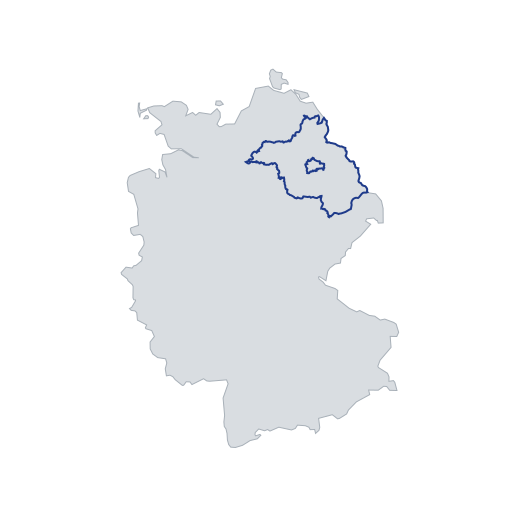 location of Brandenburg within Germany, rotated 337°
{"feature_id": "DEU-3487", "entity_name": "Brandenburg", "entity_type": "State", "adm_level": 1, "iso_a3": "DEU", "parent_name": "Germany", "parent_adm1": "", "projection": "orthographic", "projection_center": [13.043, 52.446], "detail": "fine", "context": "in_parent", "style": "outline", "palette": "blue", "viewbox_px": 512, "rotation_deg": 337, "n_neighbors": 0, "source": "natural_earth", "source_scale": "10m", "svg_char_len": 9759}
<svg xmlns="http://www.w3.org/2000/svg" viewBox="0 0 512 512"><g transform="rotate(337 256 256)"><path d="M220.7,430.0L210.1,422.5L200.4,422.6L198.9,420.3L195.6,420.2L190.9,416.3L186.3,418.2L185.2,420.2L185.4,421.4L189.9,421.8L190.4,422.9L185.8,424.8L178.4,423.6L169.6,425.0L162.2,424.2L158.1,422.1L157.2,418.9L157.8,414.2L160.0,408.0L160.8,403.5L160.2,400.5L161.6,396.2L164.8,390.5L170.2,373.9L180.4,362.7L180.5,358.5L164.5,353.2L161.9,351.8L159.8,348.5L146.8,349.3L146.0,346.1L142.6,344.5L138.9,346.7L137.6,346.3L133.3,338.3L132.3,334.6L130.2,332.1L126.7,331.3L128.4,324.4L132.1,319.6L132.6,315.3L125.8,311.1L122.7,305.9L122.3,300.2L124.9,293.8L131.0,290.4L130.9,283.9L126.3,280.0L126.1,278.9L128.4,276.7L121.8,268.7L124.1,261.5L123.1,259.2L119.9,257.3L119.0,255.0L121.5,254.7L127.6,250.2L127.9,249.4L126.4,248.5L126.4,246.4L131.0,236.0L131.0,234.2L128.5,228.7L128.6,226.8L125.1,220.5L125.3,218.6L132.0,215.5L137.3,218.7L139.5,217.3L142.1,217.7L148.9,215.6L151.0,212.5L148.7,209.6L149.1,207.5L157.0,202.2L158.5,199.4L159.4,194.0L158.6,192.1L157.7,190.8L151.4,189.3L150.1,186.0L151.0,181.9L152.1,181.2L159.8,181.9L163.7,170.1L165.8,166.5L167.6,151.5L163.9,146.7L166.1,138.2L169.3,133.8L171.6,132.7L181.3,132.7L192.0,133.8L196.0,141.1L194.1,144.6L196.6,146.5L197.9,145.9L199.9,139.4L200.9,138.4L205.1,143.1L204.8,148.8L206.5,141.1L205.9,135.7L206.9,130.5L209.7,126.1L217.4,128.5L226.1,128.0L229.3,130.2L236.2,140.7L241.7,143.2L237.5,140.8L229.1,128.0L219.9,124.3L218.1,120.6L218.9,108.2L215.5,105.6L211.7,106.2L211.3,103.3L212.1,101.3L220.7,98.5L221.1,95.1L214.2,82.6L214.2,77.3L220.6,78.0L228.2,80.9L230.0,82.7L240.0,81.0L247.4,84.9L250.8,90.1L250.8,94.5L246.1,99.5L253.7,99.1L255.5,102.9L259.7,101.7L269.8,107.9L277.7,105.1L279.0,109.8L277.3,114.5L271.6,119.4L272.7,122.6L274.5,123.3L279.7,122.8L287.9,126.1L299.2,116.7L308.1,115.8L321.1,101.6L333.7,104.4L337.0,110.5L345.4,117.2L353.1,116.6L355.9,123.0L357.2,130.8L361.8,134.9L368.4,136.6L369.7,144.8L373.2,157.8L373.2,161.8L372.1,166.3L370.0,170.1L365.6,174.7L365.3,177.3L376.7,188.2L379.8,193.7L378.1,201.8L380.0,205.7L381.9,207.0L382.7,209.0L382.8,213.6L384.2,214.9L382.1,223.4L380.0,226.9L380.8,229.9L383.9,235.0L384.0,241.6L390.4,245.6L393.0,254.3L391.6,261.8L386.0,275.2L381.4,273.5L381.6,270.7L380.8,270.5L379.2,267.0L372.4,265.0L370.5,266.7L374.0,271.6L359.9,278.4L349.6,281.2L346.0,286.1L344.1,285.2L340.0,287.3L338.3,290.5L333.3,291.5L331.0,295.5L325.6,294.3L319.1,296.0L316.1,298.1L310.7,306.1L306.4,299.8L305.3,299.8L305.0,301.8L307.6,306.3L308.5,310.0L316.1,316.9L317.8,319.7L314.0,327.2L321.3,340.5L326.9,346.8L330.2,346.7L337.1,355.0L341.8,357.8L345.3,363.5L349.9,364.4L356.9,371.1L358.4,373.5L357.5,382.0L354.1,385.1L348.1,382.4L344.6,392.9L329.5,400.4L325.1,405.0L325.1,406.5L331.2,415.3L331.2,419.3L329.4,423.3L333.8,424.4L334.4,426.5L333.2,434.9L326.6,431.9L325.3,427.2L322.6,425.8L316.1,427.3L307.3,423.4L306.5,428.0L291.4,429.5L280.9,433.9L277.7,436.8L269.4,438.1L267.5,437.8L264.2,431.9L250.2,429.9L247.7,438.7L245.8,441.1L241.5,442.6L242.2,438.6L238.0,437.0L237.8,434.3L235.1,431.5L228.1,427.9L224.8,430.1L220.7,430.0ZM352.6,105.6L353.3,108.8L352.6,110.5L349.4,107.8L346.3,107.9L344.4,112.1L343.0,112.2L338.2,108.4L337.4,106.6L337.8,98.0L339.3,96.2L339.5,93.5L342.2,90.7L344.6,90.6L346.5,94.6L351.1,97.2L351.5,98.4L349.0,101.8L349.6,103.6L352.6,105.6ZM366.9,126.1L367.0,129.9L358.9,129.6L358.2,126.8L358.7,124.0L356.0,121.0L356.0,117.8L366.9,126.1ZM205.2,79.4L203.2,83.1L204.0,76.4L207.5,69.4L208.7,69.7L206.8,72.8L206.3,76.9L213.1,77.8L212.2,79.0L205.2,79.4ZM285.2,103.5L280.9,103.4L277.8,101.0L279.9,97.8L283.9,99.4L285.2,103.5ZM211.4,86.2L210.2,87.3L206.2,85.8L209.4,83.8L211.1,84.5L211.4,86.2Z" fill="#d9dde1" stroke="#a8b0b8" stroke-width="1"/><path d="M379.4,190.5L380.5,191.4L379.8,193.1L379.6,194.2L380.1,194.7L380.3,195.2L379.8,196.3L379.1,197.5L377.6,198.8L377.8,200.7L378.6,202.8L379.2,204.2L379.1,205.0L379.7,205.8L380.7,206.3L382.4,206.8L382.9,207.6L382.9,208.6L382.3,209.3L382.3,209.6L382.8,210.3L382.7,211.0L382.4,211.9L382.2,213.1L382.5,213.8L384.5,215.2L383.7,216.3L383.5,217.6L382.7,219.2L382.7,222.1L382.5,223.1L382.0,223.9L381.5,224.7L379.9,226.5L379.5,227.3L379.6,228.3L380.1,229.0L380.6,229.4L381.1,229.9L381.2,231.2L381.5,232.4L382.2,233.2L383.7,234.3L384.1,235.1L384.4,236.3L384.5,237.6L384.2,238.6L383.6,239.5L383.4,240.4L383.5,240.8L382.2,240.7L380.1,239.8L379.5,239.7L378.9,239.7L377.6,240.1L373.7,242.2L372.6,242.5L371.5,241.8L370.5,241.4L369.0,241.3L367.2,241.7L365.7,242.8L364.5,244.3L364.3,244.7L364.3,245.4L363.9,246.5L361.7,249.8L361.4,249.9L360.8,249.7L355.6,250.4L351.1,250.1L349.3,249.6L348.7,249.7L348.3,249.6L347.8,248.8L347.1,248.3L346.4,247.7L345.0,247.0L344.3,247.1L343.6,247.6L340.3,248.8L339.9,248.1L339.3,247.9L339.2,248.2L338.9,248.2L338.4,248.8L338.1,248.4L338.0,247.7L338.5,247.1L338.7,246.5L338.7,245.3L338.7,244.9L338.5,244.7L338.4,244.4L339.1,243.7L339.0,243.1L338.7,242.1L338.6,241.9L338.0,241.5L337.7,241.1L337.9,240.1L337.7,239.8L336.9,239.1L336.4,239.3L336.2,239.2L335.8,238.9L335.0,237.9L334.6,237.8L335.2,236.7L337.3,235.0L338.1,233.9L338.2,233.3L337.5,231.8L337.5,229.8L338.5,228.1L339.5,226.9L339.8,226.3L339.2,226.1L338.1,226.0L337.6,226.8L336.9,226.3L336.7,226.2L334.8,226.5L334.2,226.2L332.6,225.1L331.7,224.0L330.8,223.8L329.2,223.7L328.7,222.5L328.2,222.2L326.8,222.0L323.0,219.7L322.7,219.7L322.4,220.2L321.7,220.6L321.3,221.0L319.9,220.7L319.4,220.4L318.1,219.3L317.5,218.5L317.2,218.3L316.9,218.4L316.7,218.8L315.8,218.8L314.2,217.4L314.1,216.6L312.3,214.1L311.7,213.5L311.0,213.1L310.7,212.2L310.0,211.5L309.6,210.8L309.4,209.9L309.7,209.4L310.1,208.2L310.8,207.5L310.9,207.3L310.4,206.5L310.0,206.4L309.7,206.0L309.7,204.6L310.1,203.4L310.5,202.6L310.4,201.7L310.5,201.2L310.5,200.8L311.0,199.8L311.2,198.9L310.9,198.1L311.5,197.5L312.1,196.2L312.2,195.2L312.4,194.7L312.2,194.6L311.2,194.8L310.5,193.7L310.0,193.4L309.8,193.6L309.6,194.2L309.4,194.5L308.7,194.8L308.3,194.6L308.1,194.3L308.1,193.9L308.5,193.2L307.6,193.0L307.4,192.9L308.2,191.6L308.6,188.9L309.3,188.9L309.8,188.7L310.1,188.1L310.4,187.2L310.5,186.4L310.0,185.8L309.8,185.0L309.5,184.5L309.4,184.2L310.0,183.4L309.9,183.1L309.6,182.6L309.6,182.1L310.6,181.2L310.7,180.6L310.7,180.3L310.0,178.2L309.9,178.0L309.1,177.6L308.0,177.9L307.2,177.9L307.2,177.2L306.9,176.8L306.7,176.7L304.0,176.9L303.5,177.1L303.1,176.9L301.9,176.3L301.1,176.1L299.2,174.8L299.6,174.1L299.8,173.6L299.5,173.3L298.6,173.3L298.2,173.0L297.3,171.6L295.8,172.2L295.3,172.1L295.0,170.8L294.6,170.5L293.7,170.4L293.3,170.2L293.5,170.0L293.7,169.5L293.7,169.1L293.4,168.9L292.1,169.2L290.8,168.6L289.6,168.3L288.7,167.4L288.1,167.2L287.5,167.3L286.5,168.0L286.0,168.1L285.4,168.0L284.9,167.7L283.9,166.4L283.4,165.5L285.7,165.6L286.9,166.0L287.0,164.8L287.5,164.6L288.4,164.6L289.9,165.5L290.7,165.5L291.3,165.1L291.5,164.3L291.2,162.8L290.9,162.3L290.8,161.9L291.0,161.5L292.9,160.0L294.4,159.4L295.4,159.4L295.7,159.5L296.6,160.3L297.0,161.1L298.2,160.5L299.7,160.6L299.6,159.9L299.0,159.5L299.6,159.2L300.3,159.4L301.0,158.6L302.6,158.0L303.2,158.2L304.2,157.3L304.7,157.2L305.0,156.5L305.0,155.8L305.8,155.3L306.2,154.5L307.9,154.0L308.6,154.6L309.5,154.0L309.8,153.9L310.2,154.1L310.8,155.2L312.8,155.8L314.0,156.5L315.4,157.7L316.2,158.2L316.6,158.8L318.1,158.9L318.9,158.6L322.1,159.4L322.5,159.6L323.3,160.4L324.5,160.8L325.2,160.8L325.4,161.0L325.5,162.1L325.8,162.4L327.8,162.2L329.0,162.8L330.2,162.6L330.9,162.6L331.5,162.4L331.7,162.7L331.3,163.2L331.3,163.4L332.1,163.8L332.9,163.7L334.0,162.4L335.8,161.1L336.1,160.2L337.0,159.4L337.3,159.3L337.7,159.5L338.3,160.4L338.6,160.6L339.4,160.6L339.6,159.6L340.0,158.8L340.5,158.2L340.9,158.0L341.7,157.9L342.3,158.0L343.4,158.6L343.9,158.7L344.4,158.6L345.9,157.3L346.2,157.2L346.9,156.4L347.8,154.2L348.0,153.3L348.2,152.7L348.6,152.3L349.1,152.1L350.1,152.0L350.8,151.4L351.3,150.4L353.0,148.9L354.0,148.8L355.0,148.8L355.8,148.5L355.7,147.9L355.0,146.5L355.0,145.6L355.5,145.7L356.2,146.8L357.5,147.3L357.6,148.4L358.4,149.9L358.6,150.5L359.0,151.2L361.0,151.0L362.7,151.1L364.0,151.5L364.6,150.6L365.3,150.5L366.3,151.0L367.5,150.9L368.2,151.0L368.3,152.3L368.1,153.2L367.7,154.2L366.7,155.9L364.4,157.5L364.3,158.5L366.6,158.9L368.5,159.0L368.9,158.7L369.1,158.1L369.8,157.7L370.6,156.6L372.5,155.4L372.7,156.3L372.9,158.0L374.0,159.3L373.3,160.8L372.5,161.7L372.3,162.3L372.3,162.9L372.6,165.1L371.8,168.2L371.4,169.0L370.5,170.0L368.9,171.4L367.1,172.3L365.7,173.4L366.4,176.4L366.3,177.3L366.0,177.9L365.2,178.6L365.6,179.3L366.1,179.6L367.3,179.9L367.9,180.1L368.9,181.2L369.7,181.6L372.8,183.8L373.2,184.4L374.3,186.3L375.1,186.8L376.0,188.0L377.7,188.6L379.4,190.5ZM351.0,196.1L350.9,195.9L351.0,195.6L351.7,194.0L351.6,193.6L350.6,193.3L349.3,192.5L347.4,190.3L347.3,189.8L347.4,188.7L346.6,187.7L346.4,187.7L345.7,188.4L345.5,188.8L345.3,188.8L344.8,188.4L344.1,189.0L343.8,189.5L343.4,189.6L342.3,189.6L341.8,189.4L341.6,189.1L341.6,188.7L341.5,188.3L341.6,188.1L341.2,188.1L340.7,188.9L340.4,189.2L339.2,189.5L338.9,190.6L339.1,191.4L338.9,191.4L337.4,190.8L337.2,190.9L337.0,191.5L337.1,191.9L336.9,194.4L337.4,195.2L337.4,195.5L336.2,196.8L336.0,197.7L336.2,198.4L336.0,198.7L335.9,199.0L335.5,199.6L336.3,200.2L337.4,200.5L337.9,200.1L339.1,199.5L339.4,199.6L340.2,200.1L341.4,199.6L341.7,200.2L341.8,200.3L342.9,200.0L343.8,201.0L344.3,201.2L345.2,201.2L345.3,200.7L345.2,200.0L345.5,199.7L346.2,199.5L346.5,199.6L346.7,200.1L346.9,200.4L347.5,200.4L347.8,200.1L348.2,200.1L349.9,200.8L350.6,201.0L351.1,201.0L351.4,201.4L351.6,202.9L351.6,203.0L351.9,203.0L352.3,202.2L353.3,201.6L353.4,201.1L353.3,200.3L353.6,199.9L354.2,199.3L354.3,199.0L354.4,198.4L354.6,198.1L354.7,197.8L354.2,197.4L353.1,196.9L352.5,196.2L352.1,196.0L351.0,196.1Z" fill="none" stroke="#1e3a8a" stroke-width="2"/></g></svg>